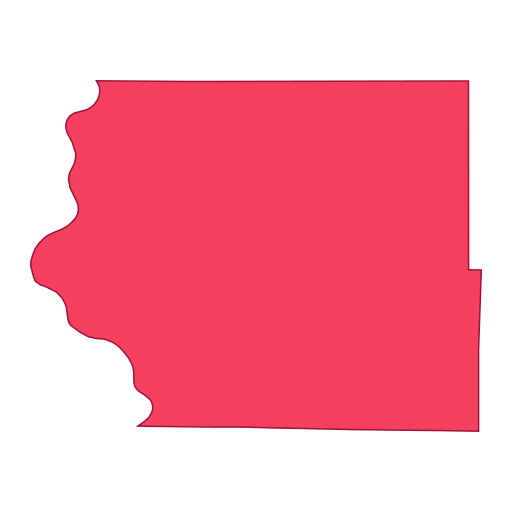 Fremont, Iowa, United States of America
{"feature_id": "52423323B89292359630527", "entity_name": "Fremont", "entity_type": "district", "adm_level": 2, "iso_a3": "USA", "parent_name": "United States of America", "parent_adm1": "Iowa", "projection": "natural_earth1", "projection_center": [-95.772, 40.741], "detail": "fine", "context": "isolated", "style": "filled", "palette": "rose", "viewbox_px": 512, "rotation_deg": 0, "n_neighbors": 0, "source": "geoboundaries", "source_scale": "gbopen_adm2", "svg_char_len": 1252}
<svg xmlns="http://www.w3.org/2000/svg" viewBox="0 0 512 512"><path d="M78.3,209.4L78.3,210.2L77.4,214.5L75.9,217.4L74.2,219.5L70.8,223.2L67.5,225.9L62.1,229.2L54.4,232.2L47.2,235.7L44.3,238.0L39.3,242.9L35.3,248.6L32.7,254.9L30.9,261.2L30.7,266.1L33.8,277.8L35.7,281.6L41.1,285.2L42.6,285.4L46.7,287.2L56.4,292.0L62.3,298.3L64.7,302.8L66.3,307.1L68.0,319.8L69.0,322.8L70.8,325.4L80.0,332.2L81.2,332.9L88.1,336.6L95.7,338.4L104.3,339.1L111.9,341.9L117.1,345.1L119.7,347.4L123.7,351.8L128.7,358.1L131.6,363.6L132.9,366.9L133.7,371.4L134.0,383.3L135.0,386.7L136.9,389.4L138.9,391.3L144.5,394.9L150.4,400.0L151.8,402.5L152.7,406.3L152.5,410.0L151.4,413.1L148.7,417.7L143.7,422.0L137.9,426.1L154.6,426.4L205.9,427.0L245.6,427.1L272.3,427.9L304.5,428.5L321.2,428.9L340.1,429.3L345.7,429.4L346.9,429.5L395.6,430.1L442.5,430.6L478.6,431.2L478.6,349.3L481.3,270.0L468.6,269.8L468.5,81.0L191.2,81.5L96.3,80.8L98.6,84.9L99.5,87.6L99.8,92.2L98.7,97.2L97.5,99.8L94.2,104.6L91.0,107.3L86.3,109.9L74.4,113.0L71.1,115.1L69.7,116.2L67.2,120.0L66.5,121.5L65.8,125.1L65.9,127.8L67.1,132.6L72.1,142.0L75.7,153.2L75.6,157.7L74.5,163.2L69.9,172.4L69.0,175.0L68.6,179.4L70.0,187.6L76.9,201.9L78.0,205.0L78.3,209.4Z" fill="#f43f5e" stroke="#9f1239" stroke-width="1.5"/></svg>